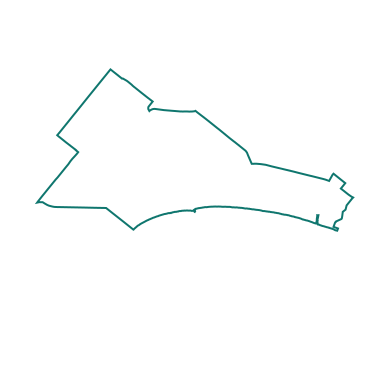 outline of Kingston (Vic.), Victoria, Australia, rotated 300°
{"feature_id": "25037944B58220940224419", "entity_name": "Kingston (Vic.)", "entity_type": "district", "adm_level": 2, "iso_a3": "AUS", "parent_name": "Australia", "parent_adm1": "Victoria", "projection": "albers", "projection_center": [145.1, -38.004], "detail": "fine", "context": "isolated", "style": "outline", "palette": "teal", "viewbox_px": 384, "rotation_deg": 300, "n_neighbors": 0, "source": "geoboundaries", "source_scale": "gbopen_adm2", "svg_char_len": 5960}
<svg xmlns="http://www.w3.org/2000/svg" viewBox="0 0 384 384"><g transform="rotate(300 192 192)"><path d="M130.1,160.1L130.3,160.2L130.6,160.2L131.6,160.5L134.5,161.5L135.2,161.7L135.5,161.8L136.1,162.1L136.6,162.5L137.5,162.9L137.9,163.0L138.1,163.2L138.8,163.5L139.6,164.0L140.1,164.3L142.3,165.7L144.3,166.9L144.5,167.1L145.1,167.4L146.0,168.2L146.8,168.6L147.2,169.0L148.0,169.6L148.3,169.8L148.6,170.0L148.9,170.3L149.8,170.9L150.5,171.4L150.8,171.8L151.7,172.5L151.9,172.7L152.2,172.9L153.2,173.7L153.8,174.3L154.0,174.6L154.8,175.1L155.0,175.3L156.0,176.2L156.2,176.4L157.6,177.7L158.2,178.3L158.4,178.5L159.1,179.1L159.3,179.4L159.4,179.6L159.6,179.8L160.0,180.2L160.2,180.5L161.1,181.4L161.3,181.6L161.6,181.8L162.0,182.3L162.1,182.5L162.3,182.7L162.3,182.9L162.5,183.2L162.6,183.3L162.9,183.7L163.3,184.0L163.3,184.3L163.6,184.4L164.0,184.8L164.2,185.1L164.5,185.2L165.1,185.9L165.5,186.3L165.8,186.7L166.2,187.0L166.3,187.3L166.5,187.6L166.9,188.1L167.2,188.6L167.5,188.8L167.7,189.0L167.9,189.4L168.3,189.9L168.8,190.2L169.2,190.7L169.7,191.5L169.9,191.7L170.0,192.0L170.7,192.6L171.2,193.4L171.3,193.7L171.5,193.9L171.7,194.1L171.9,194.4L172.1,194.6L172.3,195.2L172.5,195.5L172.9,196.0L173.2,196.5L173.4,196.7L173.6,197.0L173.9,197.9L174.2,198.4L174.7,199.2L174.9,199.5L175.2,200.0L175.3,200.3L175.3,200.6L175.6,201.4L175.9,201.8L176.1,202.0L176.7,202.9L176.2,204.0L176.4,204.1L177.1,202.7L177.3,202.6L177.5,202.7L177.4,203.1L176.7,204.3L176.9,204.3L177.2,203.7L178.8,203.3L179.1,203.4L179.3,203.6L179.5,204.0L179.9,204.4L180.1,204.5L181.1,205.6L181.5,206.0L182.0,206.8L182.4,207.2L183.3,208.4L183.7,208.8L183.9,209.0L184.4,209.7L185.0,210.4L185.2,210.6L185.4,210.8L186.0,211.9L186.1,212.2L187.0,213.3L187.4,213.8L187.9,214.5L188.1,214.8L188.4,215.2L188.7,215.8L188.9,216.0L189.2,216.5L189.5,217.0L189.8,217.5L190.0,217.8L190.4,218.3L190.5,218.5L190.8,219.1L191.0,219.3L191.3,219.8L191.4,220.1L191.5,220.4L191.8,220.9L192.3,221.7L192.5,221.9L192.8,222.4L193.3,223.5L193.8,224.3L193.9,224.6L194.0,224.9L194.4,225.7L194.7,226.3L195.0,226.8L195.2,227.0L195.5,227.6L195.8,228.1L196.1,228.6L196.6,229.7L197.1,230.5L197.5,231.3L197.6,231.5L197.8,231.8L198.1,232.3L198.3,232.9L198.5,233.5L198.6,233.8L198.9,234.7L199.3,235.2L199.7,236.1L200.1,236.9L200.5,237.7L200.7,237.9L200.9,238.2L201.0,238.4L201.5,239.6L201.8,240.5L202.1,241.0L202.3,241.2L202.6,242.1L202.9,242.6L203.2,243.2L203.3,243.5L203.6,244.4L203.8,244.7L203.9,245.3L204.2,245.9L204.3,246.2L204.4,246.5L204.7,247.0L205.2,247.8L205.3,248.1L205.6,249.0L205.9,249.5L206.0,249.8L206.2,250.1L206.3,250.7L206.6,251.3L206.7,251.6L206.8,251.9L207.1,252.8L207.7,253.9L208.4,255.7L208.6,256.3L208.7,256.6L209.0,257.1L209.9,259.2L210.1,259.7L210.5,261.0L210.7,261.6L210.8,262.3L211.0,263.0L211.6,264.0L211.9,264.9L212.3,265.8L212.6,266.7L212.9,267.2L213.0,267.5L213.2,268.2L213.4,268.4L213.5,268.7L213.8,269.3L213.9,269.9L214.0,270.2L214.3,270.8L214.5,271.4L215.3,273.1L215.5,274.1L215.8,274.7L216.0,275.2L216.2,275.9L216.3,276.2L216.5,276.7L216.8,277.3L216.9,277.6L217.0,277.9L217.1,278.6L217.3,279.2L217.5,279.9L217.6,280.2L217.6,280.6L217.7,280.9L217.9,281.5L218.2,282.1L218.3,282.7L218.8,283.9L219.1,284.4L219.2,284.7L219.7,286.0L219.7,286.3L220.0,286.9L220.3,287.8L220.3,288.0L220.4,288.8L220.5,289.1L220.7,289.7L220.9,290.7L221.4,291.9L221.6,292.6L221.8,293.3L221.7,293.5L221.9,294.2L222.0,294.5L222.1,294.8L222.4,295.7L222.6,296.4L222.8,297.0L222.9,297.3L223.2,298.8L223.4,299.4L223.4,299.8L223.4,300.2L223.5,300.6L223.5,300.9L223.5,301.4L223.6,301.7L223.9,302.3L223.9,302.7L224.0,303.0L224.2,303.6L224.5,305.1L224.9,306.0L225.1,307.0L225.4,308.3L225.6,309.8L225.7,310.1L225.8,310.5L225.9,311.2L226.0,312.0L226.2,313.4L226.4,314.1L226.5,314.4L226.6,314.7L226.8,315.3L226.7,315.5L226.5,315.9L227.8,314.9L229.5,314.4L231.2,313.5L234.3,312.3L234.5,312.1L235.1,313.1L232.5,314.0L232.2,314.1L231.5,314.2L230.9,314.5L230.2,315.1L229.1,315.4L228.2,316.1L227.8,316.3L227.4,316.3L227.1,316.5L226.9,316.8L226.8,317.5L227.0,317.7L227.2,317.9L227.3,318.7L227.3,319.1L227.3,319.5L227.5,320.1L227.5,320.5L227.7,321.2L227.7,321.6L228.0,322.6L228.3,323.5L228.4,324.2L228.7,325.2L228.8,325.9L229.0,326.6L229.2,327.2L229.4,327.9L229.4,328.2L229.6,328.5L229.6,328.9L229.8,330.0L230.0,330.6L230.2,331.7L230.3,332.0L230.4,332.7L230.5,333.1L230.5,335.2L230.6,335.5L230.9,336.4L231.1,337.1L233.4,336.7L232.6,332.0L237.0,331.2L237.6,331.5L237.9,331.3L238.0,331.3L238.4,331.4L243.2,334.8L243.8,335.0L244.5,334.8L246.4,334.1L247.1,333.8L250.2,332.5L253.5,333.8L257.7,332.6L266.2,333.9L266.5,334.0L267.0,334.1L267.8,334.3L267.7,332.6L268.0,328.8L269.4,319.2L276.3,320.3L278.6,305.4L277.1,305.1L270.1,305.2L269.5,301.6L268.9,299.2L265.7,288.0L265.2,286.4L261.7,274.3L260.5,269.9L254.0,248.1L252.4,242.2L250.5,237.5L248.8,233.9L246.3,229.6L251.7,222.3L253.6,219.9L254.5,217.8L256.7,203.5L256.7,203.1L257.5,197.5L259.7,184.2L260.0,181.9L262.2,167.4L263.6,156.8L264.0,154.4L263.7,154.2L263.4,154.0L263.1,153.7L261.5,151.5L261.0,150.6L260.3,149.5L259.8,148.5L259.2,147.3L257.9,145.1L257.1,143.8L255.8,141.4L255.0,139.7L253.4,136.3L252.2,133.8L248.9,126.8L245.7,119.0L245.2,117.9L244.3,116.7L243.1,115.7L241.5,114.8L240.8,114.6L241.4,113.6L241.7,113.1L242.0,112.8L242.0,112.7L242.4,112.4L242.9,112.1L243.3,111.9L244.1,111.7L250.7,112.7L251.5,106.6L252.6,98.9L254.1,89.0L254.4,87.3L254.6,86.7L254.8,85.8L255.5,81.6L255.7,80.0L255.7,79.6L255.7,78.8L255.7,78.1L255.7,75.3L255.2,74.8L257.4,60.1L239.8,57.3L224.0,54.8L203.3,51.6L199.7,51.0L195.1,50.3L177.8,47.6L173.8,46.9L173.5,48.4L172.0,58.0L170.3,70.5L170.1,70.5L169.9,71.8L169.6,73.5L167.9,73.3L165.4,72.8L161.0,71.8L157.8,71.3L154.1,71.0L150.0,70.3L137.3,68.3L134.6,67.7L122.2,65.7L117.7,65.0L113.4,64.3L106.4,63.3L105.4,63.2L106.3,64.2L106.9,64.9L108.2,67.3L108.5,67.8L108.4,69.8L108.4,73.0L108.6,74.8L109.0,76.3L109.6,78.4L110.2,80.1L111.2,82.1L124.4,106.0L129.6,115.5L135.2,125.6L133.9,134.3L132.0,147.5L130.1,160.1Z" fill="none" stroke="#0f766e" stroke-width="2"/></g></svg>